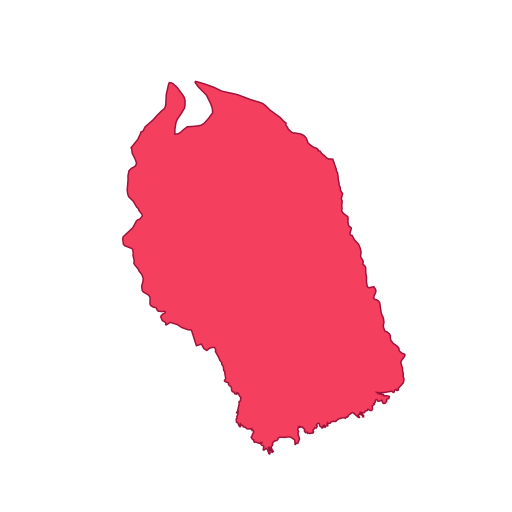 Monchy/La Borne/Sans Souci, Dauphin, Saint Lucia, rotated 59°
{"feature_id": "8701671B92777247023512", "entity_name": "Monchy/La Borne/Sans Souci", "entity_type": "district", "adm_level": 2, "iso_a3": "LCA", "parent_name": "Saint Lucia", "parent_adm1": "Dauphin", "projection": "robinson", "projection_center": [-60.899, 14.045], "detail": "fine", "context": "isolated", "style": "filled", "palette": "rose", "viewbox_px": 512, "rotation_deg": 59, "n_neighbors": 0, "source": "geoboundaries", "source_scale": "gbopen_adm2", "svg_char_len": 6137}
<svg xmlns="http://www.w3.org/2000/svg" viewBox="0 0 512 512"><g transform="rotate(59 256 256)"><path d="M90.5,290.9L91.1,291.3L95.1,297.1L98.9,307.4L100.1,307.4L104.3,309.2L110.7,309.7L114.6,310.5L115.8,311.5L116.9,313.6L116.7,317.9L117.5,321.0L121.3,324.4L125.0,326.6L133.2,332.5L136.7,334.0L139.7,334.6L145.8,333.0L152.6,333.1L154.9,332.4L156.8,332.9L161.2,332.3L162.9,332.7L163.3,333.1L164.5,336.3L164.1,339.0L164.4,340.5L168.3,347.0L171.1,359.8L172.6,361.4L177.6,363.6L179.5,363.3L185.6,358.6L186.8,358.4L190.1,359.6L192.2,361.2L197.1,362.7L199.3,364.4L201.0,364.5L206.7,363.7L208.9,364.0L212.8,363.4L217.1,364.2L219.7,366.1L223.0,369.6L227.0,371.3L228.8,371.1L233.6,368.5L235.9,368.0L237.4,368.4L242.7,371.7L244.5,371.7L246.8,370.4L249.1,368.2L251.7,368.6L253.0,368.2L255.3,365.1L256.2,363.0L257.1,362.5L258.0,363.1L257.8,366.1L258.6,368.5L259.2,369.0L263.1,369.6L265.8,368.0L266.8,367.8L268.3,368.8L268.9,368.1L268.7,364.1L269.9,362.6L274.2,358.8L278.9,356.6L284.3,352.2L285.7,349.9L286.2,349.7L287.8,349.9L302.2,353.3L303.4,348.1L308.4,348.4L311.6,346.9L311.2,343.7L311.4,341.9L312.7,339.0L313.9,338.6L315.9,338.9L316.9,340.0L324.4,340.2L326.4,340.7L329.7,340.3L331.2,341.1L333.8,340.9L337.6,342.7L339.0,342.2L340.5,343.2L345.1,344.9L345.9,345.6L346.2,346.8L346.8,347.4L347.5,347.3L350.6,344.9L352.2,345.8L353.9,345.4L355.0,344.7L357.0,345.2L358.2,346.0L359.9,346.2L361.7,344.9L362.6,345.2L363.6,345.0L363.7,344.3L364.6,343.7L364.4,343.3L363.3,342.9L364.1,342.1L364.8,341.9L367.3,342.3L369.9,341.8L370.3,342.7L372.3,343.9L372.0,345.1L372.4,345.9L373.9,346.4L378.4,350.7L380.4,351.6L379.5,352.0L380.4,353.4L381.2,352.7L382.1,352.8L383.9,355.3L385.1,355.5L385.5,356.9L388.5,358.4L389.6,357.5L393.1,358.0L394.1,357.7L394.2,357.0L392.1,356.6L391.7,355.8L393.3,355.6L394.3,354.7L395.9,354.9L397.4,353.4L399.7,352.6L400.5,351.4L400.7,350.2L401.8,349.6L401.9,348.7L402.4,349.2L403.1,349.0L403.6,349.2L404.0,348.3L405.7,348.6L407.1,351.1L408.2,351.9L408.8,353.5L411.5,353.5L412.3,352.7L414.2,353.4L414.9,353.2L415.2,352.2L418.4,349.6L418.4,347.7L418.9,347.0L419.5,348.5L419.9,348.7L421.0,348.6L422.3,347.6L423.2,347.4L425.7,349.6L426.2,349.5L426.5,348.7L426.1,346.8L426.2,346.3L428.3,345.9L432.0,346.8L432.7,346.3L431.9,345.2L430.6,344.5L428.1,344.4L426.5,343.8L426.4,343.4L427.1,343.0L431.5,343.0L432.4,343.4L432.8,342.9L432.4,341.8L430.4,342.0L427.7,341.4L426.3,338.8L424.8,338.2L424.1,335.4L424.9,333.3L424.6,332.0L423.5,330.7L423.6,328.8L426.4,324.7L427.6,321.6L429.1,319.6L433.2,317.7L433.9,317.7L437.6,319.5L437.9,319.2L437.3,318.0L437.8,317.3L437.9,316.4L435.1,312.8L430.8,311.9L428.9,310.8L428.5,309.9L426.3,309.7L425.4,308.8L425.0,307.8L424.0,307.4L424.9,306.1L425.4,306.5L426.5,304.1L428.0,304.2L429.6,303.5L431.0,304.7L433.0,304.5L433.2,303.0L434.7,303.1L435.0,301.8L435.9,301.3L436.6,298.9L436.9,298.9L436.9,297.8L436.2,297.1L435.1,297.2L434.5,296.7L434.1,295.1L433.4,294.1L434.5,293.0L433.4,291.1L432.0,291.5L431.3,289.5L431.6,288.5L432.2,288.1L434.3,288.9L436.4,288.1L436.5,287.4L436.9,287.9L437.5,288.0L437.5,286.8L436.1,285.7L436.0,284.9L436.4,284.7L437.7,285.4L438.4,285.1L438.2,284.4L437.3,284.0L438.5,282.0L438.0,281.4L436.9,281.7L435.8,280.6L436.7,280.5L436.8,279.7L437.4,279.1L437.5,278.5L436.9,277.0L437.1,275.9L438.9,272.8L438.4,271.1L438.3,268.3L438.9,267.2L438.8,266.4L439.9,263.7L441.2,262.9L440.4,261.4L441.2,260.5L440.8,259.5L440.1,258.8L439.8,254.1L440.3,253.5L447.0,251.4L447.7,250.6L447.6,250.3L445.1,250.5L444.7,248.7L445.6,248.5L446.0,247.4L447.8,247.0L448.7,247.4L449.3,246.6L448.2,245.9L445.1,246.7L444.3,247.4L443.7,247.3L444.0,246.4L445.1,246.1L446.1,243.9L445.3,241.9L445.8,240.1L444.9,239.1L445.1,238.7L447.3,237.7L448.0,236.4L447.1,234.9L444.5,233.7L444.0,230.9L443.2,231.1L443.0,229.6L442.4,228.6L441.3,228.2L441.0,227.5L441.3,226.3L443.0,226.4L443.8,225.7L444.4,222.5L447.2,223.0L448.2,222.5L448.7,221.5L448.6,220.6L447.6,218.5L446.2,218.0L446.0,217.2L446.7,215.8L445.4,214.1L445.0,214.1L442.9,216.0L442.5,217.3L441.6,218.4L440.4,218.0L439.9,218.5L439.8,219.5L438.8,219.5L438.3,220.9L436.6,222.3L435.1,222.8L437.2,219.9L439.3,215.8L441.8,209.3L443.6,208.7L443.7,207.5L442.6,206.6L442.3,204.9L442.6,204.3L443.6,204.7L444.1,204.1L444.2,202.9L442.7,202.0L440.6,195.1L438.4,193.0L436.5,192.1L435.6,192.1L432.8,190.4L428.9,189.1L427.9,188.3L421.9,186.8L420.5,185.0L418.6,180.4L417.5,179.2L416.8,179.2L414.2,181.1L411.2,182.1L408.5,181.0L407.3,181.2L405.5,181.6L401.3,183.5L398.1,183.8L396.5,183.5L393.4,181.9L391.5,181.8L388.7,182.7L387.1,184.0L385.5,184.0L381.6,183.1L378.8,180.5L375.7,179.1L373.4,178.5L371.4,178.5L368.6,177.7L359.7,174.0L357.7,174.2L355.7,175.1L354.4,176.5L352.7,176.9L351.2,175.5L348.5,171.8L346.6,170.7L343.0,170.8L341.5,175.2L341.0,175.9L339.6,176.4L335.2,174.7L331.0,172.1L326.7,170.5L322.5,168.0L320.5,167.9L318.0,168.6L316.1,167.0L314.6,166.7L310.8,166.8L309.3,166.0L307.1,164.1L303.2,162.7L298.9,162.0L292.7,163.3L287.9,163.0L286.9,164.1L285.8,164.2L284.9,163.7L281.6,160.2L280.7,159.9L278.2,160.9L276.9,160.7L274.9,160.0L270.2,157.2L269.3,157.2L264.5,159.2L261.5,159.4L259.6,157.8L256.9,156.5L253.3,153.8L250.8,153.4L247.3,149.7L242.9,149.7L240.6,148.4L238.1,148.3L236.2,147.2L233.4,146.3L226.9,143.3L224.4,143.2L223.0,142.5L212.5,140.3L210.9,142.6L210.4,144.0L209.5,144.1L208.8,144.8L204.7,145.8L204.0,146.3L201.6,147.0L199.3,147.0L197.7,148.5L197.0,148.0L195.3,148.4L191.4,151.2L186.1,153.2L180.9,152.2L177.7,152.8L174.9,154.4L170.5,159.3L169.9,160.7L167.7,161.9L163.9,163.0L161.9,162.7L160.1,163.1L159.4,163.0L157.4,161.8L154.4,163.0L149.8,163.9L138.3,168.8L132.1,170.4L129.2,171.5L127.6,172.5L118.7,180.5L108.1,188.8L96.9,200.6L90.0,205.0L82.1,211.4L76.0,217.0L75.2,218.0L75.8,218.8L81.1,218.4L92.7,215.6L102.7,216.5L107.1,217.5L110.9,219.4L113.7,226.0L115.6,232.3L115.6,235.8L114.0,240.2L109.8,248.4L110.4,253.2L111.2,257.0L111.2,259.8L109.8,262.8L105.7,260.3L100.3,255.8L98.2,252.9L95.7,247.3L92.4,241.1L90.2,239.2L86.3,236.8L83.5,235.9L80.9,235.8L70.8,236.8L65.6,238.4L64.2,239.2L62.7,241.0L63.8,242.5L71.3,249.7L80.4,255.8L82.5,258.5L83.0,262.2L84.7,269.0L86.3,274.0L88.2,284.6L90.7,288.4L90.5,290.9Z" fill="#f43f5e" stroke="#9f1239" stroke-width="1.5"/></g></svg>